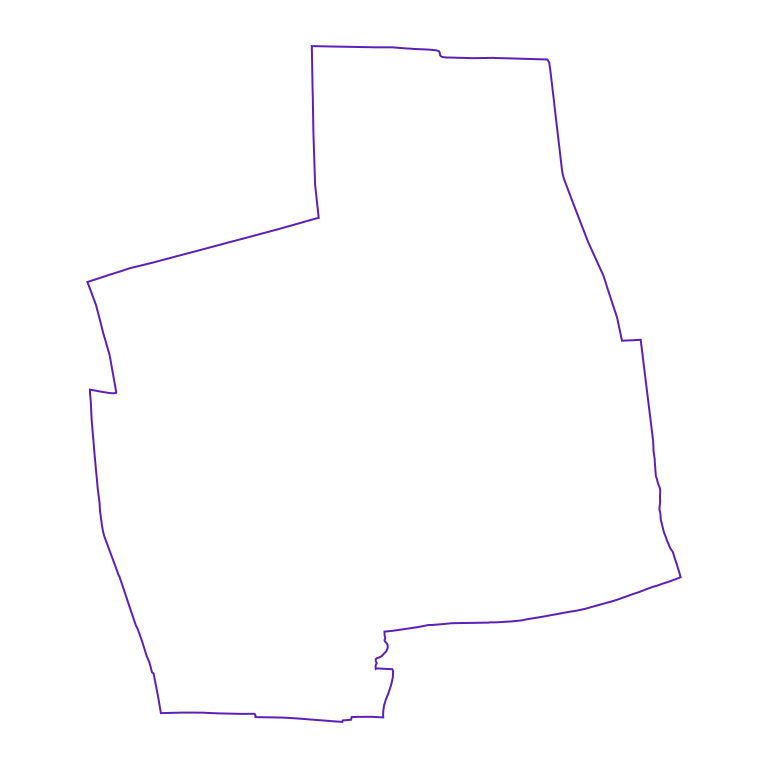 Baleni, Galati, Romania (orthographic projection)
{"feature_id": "2599482B3331381217187", "entity_name": "Baleni", "entity_type": "district", "adm_level": 2, "iso_a3": "ROU", "parent_name": "Romania", "parent_adm1": "Galati", "projection": "orthographic", "projection_center": [27.839, 45.802], "detail": "fine", "context": "isolated", "style": "outline", "palette": "violet", "viewbox_px": 768, "rotation_deg": 0, "n_neighbors": 0, "source": "geoboundaries", "source_scale": "gbopen_adm2", "svg_char_len": 4576}
<svg xmlns="http://www.w3.org/2000/svg" viewBox="0 0 768 768"><path d="M311.8,46.1L311.9,50.6L312.2,67.1L312.5,85.9L312.8,97.1L313.4,132.5L315.1,184.7L318.3,214.1L318.7,217.8L318.7,218.0L316.3,218.4L282.4,228.0L281.9,228.1L281.1,228.4L261.4,233.7L231.7,241.6L226.6,242.9L225.8,243.2L176.8,256.2L153.1,262.5L134.0,267.2L130.0,268.2L122.6,270.6L122.4,270.7L110.3,274.5L87.4,282.0L91.0,291.5L96.1,305.3L100.9,323.7L102.7,331.2L105.0,339.0L109.3,354.0L110.0,357.2L116.3,392.5L116.0,393.0L113.1,393.3L109.4,393.0L104.9,392.3L102.4,391.9L99.9,391.5L95.3,390.6L91.9,390.0L90.0,389.6L90.0,389.9L90.0,390.5L90.0,391.6L90.0,393.5L90.0,393.8L90.1,394.3L90.8,401.7L90.9,404.0L91.6,419.2L93.0,435.8L94.4,452.4L95.9,469.0L97.8,489.2L99.3,500.8L99.6,503.7L100.0,510.9L101.0,518.3L102.0,525.7L103.1,531.9L104.5,536.9L114.4,563.6L118.9,575.9L119.3,576.2L119.7,577.4L121.3,582.1L122.9,586.8L130.9,610.8L135.6,624.7L138.0,629.7L142.4,642.3L146.7,656.1L149.5,662.6L152.0,672.3L153.6,673.5L158.1,696.7L160.9,713.1L161.3,713.1L166.1,713.0L181.7,712.6L190.5,712.6L193.7,712.6L203.5,712.7L211.5,713.1L219.5,713.4L241.7,713.9L242.8,713.9L249.8,713.8L254.0,713.8L254.8,714.1L255.0,714.4L255.2,714.6L255.4,715.8L255.4,717.1L259.4,717.2L259.5,717.2L261.2,717.2L266.1,717.3L269.5,717.3L273.0,717.4L283.2,717.6L297.9,718.5L310.5,719.5L336.3,721.5L342.3,721.9L342.8,720.4L347.0,720.1L351.1,719.7L351.6,717.1L357.8,716.9L366.5,716.8L370.7,716.8L383.2,717.4L383.1,715.4L383.2,713.2L383.2,712.0L383.4,710.1L383.8,707.2L384.1,705.3L384.7,703.4L385.3,701.5L385.8,699.7L386.7,697.5L388.3,693.7L391.3,684.3L392.8,677.5L393.1,671.6L392.8,670.2L392.2,669.2L376.7,668.4L375.8,668.9L375.7,667.8L375.6,666.9L375.6,665.8L375.7,665.2L376.2,664.3L376.5,663.8L376.7,663.4L376.7,663.0L376.6,662.8L376.4,662.5L376.2,662.0L375.9,661.4L375.8,660.9L375.7,660.2L375.8,659.6L376.0,658.9L376.6,658.3L377.4,658.0L378.5,657.6L379.4,657.5L380.4,656.8L381.9,655.9L384.2,653.4L384.9,652.7L385.6,651.9L386.2,651.5L386.5,650.8L386.7,650.1L387.3,649.0L387.6,648.1L387.7,647.5L387.7,646.2L387.6,645.5L387.5,644.9L387.4,644.4L387.0,643.9L386.4,643.1L385.6,642.1L385.2,641.5L384.8,641.0L384.6,640.6L384.6,640.1L384.7,639.4L385.1,638.6L385.2,638.1L385.2,637.5L385.2,637.2L385.0,636.6L384.6,635.8L384.5,631.6L392.7,630.8L418.5,627.0L427.9,625.1L432.9,624.9L440.6,624.3L451.9,623.2L477.6,622.8L482.7,622.7L485.1,622.7L487.9,622.7L490.6,622.3L492.9,622.3L496.8,622.3L506.9,621.7L511.5,621.4L521.6,620.4L526.2,619.4L538.4,617.4L540.4,617.1L562.3,613.1L569.4,611.8L575.9,610.8L584.9,608.9L599.0,604.9L613.2,601.0L615.0,600.4L618.4,599.3L621.5,598.2L624.1,597.2L627.1,596.2L631.2,594.7L634.1,593.7L638.1,592.4L642.1,590.9L645.2,589.7L648.5,588.4L652.7,586.9L657.0,585.7L659.3,584.9L662.5,583.7L667.2,582.2L671.2,580.9L675.8,579.1L678.4,578.1L680.4,577.3L680.6,577.2L680.0,574.9L678.9,571.3L677.6,567.1L676.6,563.6L675.6,560.9L674.5,557.5L673.6,554.4L673.2,553.0L672.9,552.1L672.5,551.4L671.4,550.0L671.0,549.4L670.0,547.7L668.8,544.8L668.1,543.1L667.5,541.7L666.8,540.0L666.0,537.5L665.2,535.5L664.6,534.1L664.0,532.4L663.5,530.7L663.1,528.9L662.5,526.6L661.9,524.1L661.7,523.2L661.6,522.6L661.2,521.6L661.0,520.8L660.8,519.9L660.7,518.5L660.6,517.0L660.5,515.5L660.4,514.1L660.3,513.1L660.0,511.6L659.6,510.3L659.5,509.8L659.4,508.9L659.6,506.6L659.9,504.4L660.0,503.5L660.1,502.0L660.1,500.6L660.0,498.6L660.0,495.8L660.1,493.7L660.2,492.0L660.2,490.7L660.1,489.5L660.0,488.7L659.4,486.9L658.7,485.1L658.4,484.4L657.8,482.6L657.5,481.5L657.3,480.6L657.2,480.3L657.2,480.1L656.9,479.0L656.2,477.1L656.0,476.4L655.8,475.8L655.7,473.8L655.4,470.8L655.3,468.2L655.0,464.9L654.8,462.5L654.7,459.2L653.8,452.9L653.5,450.9L653.5,450.1L653.5,449.6L653.4,449.1L653.5,447.9L653.3,445.0L653.2,441.7L653.1,440.2L652.8,438.6L652.8,438.3L644.0,366.7L640.7,339.8L633.3,340.2L622.0,340.7L620.2,332.2L617.1,317.6L612.5,303.7L606.5,285.3L605.3,281.3L603.3,275.4L587.9,241.5L584.3,232.0L580.6,222.6L571.2,198.1L563.8,178.4L562.9,174.9L562.1,170.8L557.9,135.0L554.4,105.2L554.3,103.8L551.7,82.0L550.9,75.3L550.4,71.0L550.2,69.1L549.5,64.7L549.1,62.3L547.4,59.5L507.2,58.3L502.4,58.2L495.2,58.0L493.2,57.9L492.1,57.9L483.8,58.0L478.2,58.1L477.2,58.1L472.0,58.1L470.8,58.1L466.6,58.0L465.8,58.0L463.7,57.9L458.7,57.8L452.6,57.6L447.2,57.5L446.4,57.5L445.6,57.4L444.8,57.3L442.8,57.1L441.5,56.6L440.7,56.0L440.1,55.1L439.7,52.6L439.3,51.8L438.9,51.2L437.6,50.8L436.4,50.3L435.9,50.3L434.2,50.1L432.3,49.9L429.9,49.7L428.4,49.6L424.7,49.4L414.8,49.0L402.0,48.1L392.2,47.3L374.5,47.3L336.8,46.6L316.1,46.2L311.8,46.1Z" fill="none" stroke="#5b21b6" stroke-width="2"/></svg>